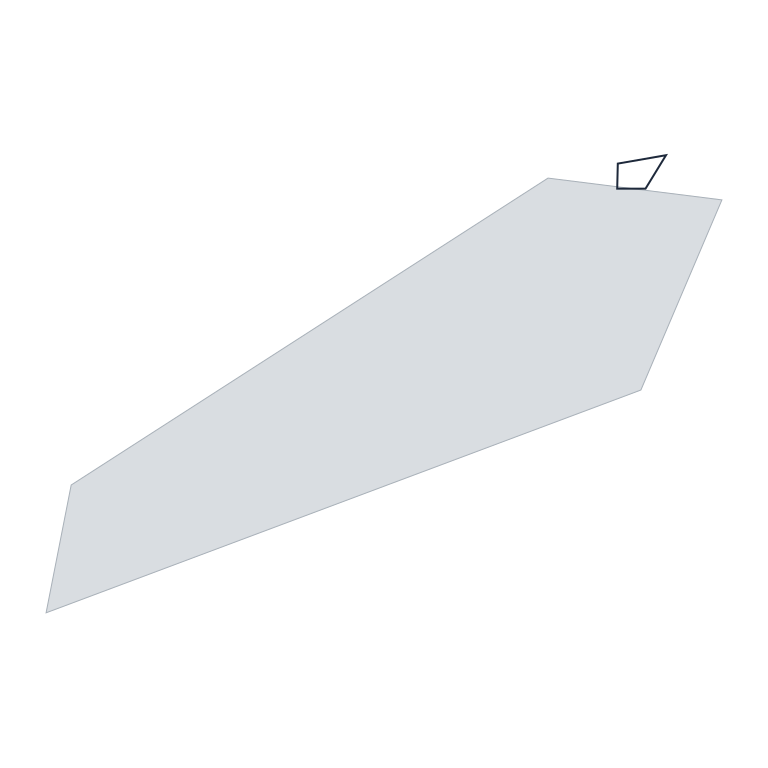 location of Island Harbour within Anguilla
{"feature_id": "AIA-5117", "entity_name": "Island Harbour", "entity_type": "District", "adm_level": 1, "iso_a3": "AIA", "parent_name": "Anguilla", "parent_adm1": "", "projection": "natural_earth1", "projection_center": [-63.003, 18.271], "detail": "fine", "context": "in_parent", "style": "outline", "palette": "slate", "viewbox_px": 768, "rotation_deg": 0, "n_neighbors": 0, "source": "natural_earth", "source_scale": "10m", "svg_char_len": 319}
<svg xmlns="http://www.w3.org/2000/svg" viewBox="0 0 768 768"><path d="M640.9,390.0L46.1,612.8L71.2,485.0L548.0,178.1L721.9,199.9L640.9,390.0Z" fill="#d9dde1" stroke="#a8b0b8" stroke-width="1"/><path d="M617.8,163.6L666.0,155.2L645.5,188.7L617.2,188.7L617.8,163.6Z" fill="none" stroke="#1e293b" stroke-width="2"/></svg>